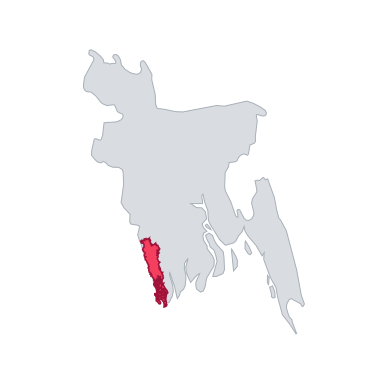 Satkhira, Khulna, Bangladesh shown in context, rotated 351°
{"feature_id": "16705992B60176987344662", "entity_name": "Satkhira", "entity_type": "district", "adm_level": 2, "iso_a3": "BGD", "parent_name": "Bangladesh", "parent_adm1": "Khulna", "projection": "equal_earth", "projection_center": [89.15, 22.3], "detail": "fine", "context": "in_parent", "style": "filled", "palette": "rose", "viewbox_px": 384, "rotation_deg": 351, "n_neighbors": 0, "source": "geoboundaries", "source_scale": "gbopen_adm2", "svg_char_len": 9713}
<svg xmlns="http://www.w3.org/2000/svg" viewBox="0 0 384 384"><g transform="rotate(351 192 192)"><path d="M139.8,277.2L139.8,267.3L134.6,247.9L134.8,245.8L133.7,236.4L132.4,231.3L131.7,225.7L134.9,217.8L133.6,216.5L126.6,214.1L125.8,212.1L127.3,204.3L122.3,196.9L120.3,191.4L125.7,173.7L127.1,161.4L126.7,159.0L123.4,156.2L117.6,155.1L113.5,152.8L111.2,149.3L109.1,147.9L106.6,149.0L103.4,147.6L100.8,144.2L98.5,140.0L99.4,135.4L103.7,124.5L105.2,124.2L108.9,126.3L110.2,126.3L112.6,122.0L116.0,109.8L127.7,110.9L130.5,110.5L133.4,109.5L135.0,108.0L135.9,106.0L135.6,104.3L132.0,102.0L130.6,100.3L129.6,95.4L128.6,93.6L121.5,93.3L117.9,91.1L115.9,89.1L112.3,82.5L107.9,77.5L103.7,76.4L102.1,74.8L101.2,72.3L101.7,68.6L103.9,61.6L115.5,46.5L115.8,44.8L115.4,42.9L112.0,40.5L111.7,39.3L112.7,36.1L114.6,35.7L118.6,38.6L122.7,43.3L125.1,47.4L125.2,50.7L128.3,51.3L131.0,52.8L133.7,52.4L135.5,53.2L136.7,52.9L137.1,51.0L134.8,46.2L135.9,44.3L138.6,44.3L140.5,46.1L141.9,49.8L142.2,55.5L145.3,60.6L149.4,64.3L152.6,66.0L156.5,67.2L159.8,66.0L161.5,62.4L160.7,59.2L161.3,56.3L162.6,54.8L164.7,54.8L166.2,57.1L170.8,69.4L169.8,74.9L170.9,89.9L169.8,99.7L170.5,103.5L171.3,104.2L178.1,106.1L188.0,110.0L195.6,111.5L229.9,110.4L237.4,112.3L260.2,110.8L266.5,114.0L273.3,119.1L277.1,122.9L277.8,125.1L277.4,127.0L276.2,128.0L273.8,128.1L268.4,125.6L267.5,126.3L267.5,132.3L263.2,147.2L262.7,151.8L261.1,153.6L256.6,154.6L253.7,163.3L252.5,164.4L249.5,162.5L247.6,162.8L245.3,163.6L243.0,165.6L241.4,168.1L239.6,168.9L233.2,168.8L232.0,172.8L227.8,178.1L225.0,192.2L225.2,196.5L228.8,207.7L231.4,222.3L232.4,223.8L233.6,223.9L233.6,217.2L234.8,216.4L236.3,217.1L239.3,226.1L241.1,228.4L243.7,229.0L246.8,227.7L249.0,225.0L249.9,222.2L249.1,212.4L250.5,208.4L255.7,202.4L256.4,200.6L256.0,190.8L258.0,190.5L260.6,191.2L264.0,188.9L265.0,188.9L266.4,191.4L268.8,190.9L272.5,210.4L272.9,224.2L273.8,231.8L275.1,233.5L279.1,245.0L283.2,285.5L283.8,311.3L285.5,320.1L284.2,322.1L282.9,322.4L281.7,319.3L273.2,312.8L271.1,313.5L268.2,317.3L267.1,320.8L267.6,325.8L268.6,330.7L270.6,333.5L270.8,336.6L273.2,348.2L272.5,348.3L267.8,337.7L262.1,327.3L260.1,308.6L260.0,299.4L256.0,288.6L252.3,269.8L253.8,263.2L251.2,266.1L246.9,254.8L240.2,243.8L238.2,238.9L238.1,234.2L235.3,239.0L231.4,242.3L227.5,247.4L224.9,248.9L216.6,249.8L211.7,243.1L204.8,226.6L203.8,222.8L204.7,213.1L203.0,204.0L202.5,195.9L201.3,196.6L200.8,198.9L201.1,202.3L200.6,205.1L189.0,203.2L194.0,208.1L199.3,209.2L202.1,213.5L202.3,220.7L197.1,225.0L197.5,228.7L200.6,233.1L196.9,234.4L195.9,237.3L195.9,241.4L198.5,247.8L198.0,250.3L202.4,258.6L203.3,262.6L202.2,268.2L192.8,279.6L190.1,287.7L187.7,291.5L184.8,292.2L181.2,288.4L181.2,284.5L181.9,281.3L186.8,273.8L184.1,274.8L176.5,281.0L175.0,276.0L174.0,271.2L174.0,265.5L177.7,256.9L173.5,261.2L172.4,266.6L172.9,272.9L172.3,277.3L170.7,283.2L168.5,286.7L164.9,288.9L163.3,292.4L160.8,294.9L160.0,283.2L157.4,267.3L156.8,270.7L158.2,280.5L158.1,286.9L156.1,292.0L152.1,297.5L149.1,298.2L147.3,297.4L141.6,289.2L141.1,281.5L139.8,277.2ZM209.9,277.4L202.8,279.3L199.2,278.7L205.9,264.5L205.6,258.1L204.6,252.9L201.2,248.7L201.0,245.7L199.4,241.6L198.6,236.9L202.4,235.3L205.5,238.1L206.6,243.5L208.1,247.5L213.5,255.9L213.4,261.0L212.0,273.6L209.9,277.4ZM225.0,272.7L220.7,276.5L222.0,254.0L225.3,262.4L226.1,266.9L225.0,272.7ZM241.4,261.5L239.5,263.1L237.8,261.7L235.5,256.4L236.6,249.7L237.2,248.8L240.0,255.6L241.4,261.5ZM257.6,309.1L255.2,309.3L254.0,307.7L254.5,305.5L253.8,298.1L256.9,297.4L258.1,303.5L257.6,309.1ZM254.8,288.6L253.0,295.9L252.3,292.6L253.5,286.2L254.8,288.6ZM204.2,230.0L204.9,232.3L201.0,229.3L199.9,227.1L201.7,226.0L204.2,230.0Z" fill="#d9dde1" stroke="#a8b0b8" stroke-width="1"/><path d="M134.5,232.0L133.5,232.6L134.1,234.5L134.9,234.9L135.6,234.4L136.5,236.4L136.0,238.2L136.1,239.0L135.3,239.2L134.2,241.1L134.6,241.4L134.4,242.2L134.9,243.2L136.2,244.5L135.5,246.3L134.9,246.8L135.1,248.7L136.2,248.8L135.3,250.1L135.3,251.8L136.2,252.4L137.0,255.8L137.7,256.7L137.4,258.1L137.9,258.9L136.7,260.0L137.4,261.0L137.1,261.8L137.2,264.5L137.8,264.7L138.8,266.2L137.8,266.1L137.6,266.6L138.6,267.6L138.4,268.5L139.2,268.2L139.5,270.0L140.7,271.5L140.5,273.1L140.8,274.2L141.4,273.4L141.9,273.8L141.8,274.5L139.7,276.9L139.9,278.5L140.4,279.1L141.3,279.2L141.7,277.1L141.0,276.9L140.9,276.8L140.9,276.7L141.1,276.1L141.6,276.2L141.6,275.8L141.3,275.8L141.2,275.6L141.5,275.4L141.2,275.6L141.6,275.7L141.6,276.3L141.1,276.1L140.9,276.7L141.8,277.1L141.4,279.1L141.3,279.3L140.5,279.3L141.4,281.3L141.6,279.5L142.0,279.7L142.0,279.4L142.3,279.3L142.6,278.5L143.0,278.3L143.3,278.4L143.4,278.6L143.8,278.0L142.5,275.7L142.6,275.2L143.5,275.2L143.0,274.9L142.9,274.0L142.1,273.8L141.2,272.4L142.2,273.7L142.9,273.9L143.6,275.2L143.4,275.5L142.6,275.4L143.1,276.7L143.8,277.5L144.2,277.4L144.9,277.8L145.0,276.8L145.5,275.7L144.9,275.7L144.7,275.5L144.5,275.2L144.5,274.3L143.6,274.0L143.4,273.3L144.3,271.0L143.6,273.8L144.4,274.0L144.7,274.4L144.8,275.5L145.4,275.6L145.6,275.8L145.0,277.9L143.9,277.7L145.0,278.7L144.0,280.2L144.4,280.8L145.3,280.9L146.2,282.1L147.7,279.1L146.5,277.4L146.1,275.8L145.5,275.0L145.5,273.8L146.1,274.3L146.3,273.3L146.7,272.9L146.0,272.6L145.8,273.1L145.1,273.2L145.1,272.9L145.4,272.3L145.1,273.2L145.8,272.6L145.6,272.0L145.9,270.5L145.5,270.3L145.5,269.9L145.2,269.9L145.1,269.7L145.6,269.8L145.5,270.3L146.0,270.6L145.8,272.3L146.8,272.9L146.2,274.4L145.5,274.1L146.1,275.3L146.9,275.0L146.3,274.7L146.4,274.2L146.9,273.7L147.6,273.5L146.8,271.4L148.0,270.0L147.0,271.4L147.7,273.5L146.4,274.4L147.0,275.0L146.2,275.4L146.6,277.0L147.2,276.6L147.9,276.8L148.5,276.1L148.2,273.4L148.3,273.1L148.5,274.8L150.4,272.1L150.0,270.5L150.4,269.7L149.6,268.3L150.5,266.8L149.2,266.6L148.9,265.4L147.9,263.8L148.8,263.4L148.5,261.8L147.5,261.9L148.1,260.5L147.5,259.0L147.7,258.0L148.2,257.7L148.2,256.9L149.3,256.3L148.1,255.3L147.3,252.3L147.6,251.4L148.3,251.1L148.5,249.9L148.4,249.4L147.6,249.1L148.3,248.5L147.6,247.6L147.9,246.5L148.5,246.8L148.5,247.9L149.4,248.5L149.0,247.9L150.0,247.1L148.4,245.9L148.3,243.3L148.7,244.3L149.4,244.4L149.9,245.1L150.3,244.5L150.1,243.5L151.1,243.4L151.2,242.6L150.3,241.5L149.9,239.4L149.5,239.1L148.7,239.3L148.5,238.1L147.8,238.2L148.0,236.8L145.7,238.2L144.7,237.7L144.4,238.7L143.6,238.9L143.5,238.5L144.2,238.1L144.2,237.4L143.8,236.8L143.6,237.3L143.3,237.3L142.9,236.5L143.0,235.0L142.2,233.7L142.5,233.2L143.3,233.9L143.5,233.5L142.9,231.9L142.2,231.4L142.4,231.0L141.9,231.3L142.1,231.7L141.9,232.1L140.9,231.3L139.8,231.7L139.5,231.1L139.2,231.7L138.3,230.8L137.2,231.1L137.5,232.5L136.8,232.2L136.0,232.6L135.7,232.2L135.2,232.7L134.9,232.3L134.5,232.7L134.5,232.0ZM143.8,280.7L143.9,279.5L144.8,278.9L143.8,278.1L143.0,279.0L142.9,279.7L142.5,280.5L142.9,280.8L143.2,281.9L143.1,282.5L142.5,282.9L142.7,283.4L142.1,283.6L142.5,284.9L141.7,285.6L141.5,285.1L141.2,286.3L142.0,286.5L142.3,286.0L143.0,285.3L142.1,286.5L141.2,286.4L141.0,287.5L141.8,288.9L141.9,291.7L142.5,292.2L142.4,290.9L142.5,290.7L143.0,290.5L142.6,289.0L142.7,288.2L142.9,288.3L142.7,289.1L143.1,290.5L142.5,290.9L142.6,292.2L142.4,292.3L141.9,292.0L141.8,292.4L143.9,293.4L144.6,293.0L145.0,291.1L144.4,290.5L144.4,289.8L143.9,289.9L143.8,289.6L144.0,289.2L143.6,289.2L144.1,289.2L143.9,289.8L144.2,289.7L144.4,289.8L144.4,290.4L144.7,290.5L145.1,291.0L145.2,291.3L145.3,289.1L145.9,287.0L144.0,287.0L143.4,286.5L143.2,284.3L144.4,282.5L143.8,280.7ZM145.3,281.1L144.5,281.1L144.7,282.5L143.6,284.4L143.6,285.6L144.0,286.3L144.9,286.3L145.1,285.8L144.6,285.5L144.4,285.3L144.5,285.1L144.6,284.7L144.5,285.3L145.2,285.8L145.1,286.3L146.3,286.7L145.6,291.6L147.9,292.2L148.0,291.9L148.1,291.3L148.3,291.0L148.1,290.6L148.2,290.4L148.1,290.2L148.2,289.9L147.9,290.0L147.5,289.6L148.2,289.9L148.3,291.0L148.1,291.3L148.4,291.2L148.9,290.2L148.7,288.6L147.8,288.4L147.2,289.0L147.0,288.9L147.1,288.4L147.1,288.9L147.7,288.4L148.7,288.6L149.3,287.4L148.1,287.2L147.5,286.2L146.3,285.8L146.0,285.1L146.1,284.3L147.6,283.1L145.7,282.1L145.3,281.1ZM148.4,277.9L147.8,277.1L146.9,277.0L148.0,279.0L146.7,281.8L147.9,282.7L147.9,283.3L146.3,284.9L147.3,285.4L147.1,285.0L148.4,284.1L148.1,283.7L148.5,283.5L148.3,283.2L148.4,282.6L148.4,282.4L148.5,283.5L148.2,283.7L148.4,284.1L147.2,285.0L148.3,286.8L149.1,286.6L148.7,286.1L148.7,285.6L148.4,285.3L148.7,285.6L148.7,286.2L149.7,287.1L149.6,288.1L149.0,289.1L149.3,290.8L149.7,290.9L149.8,290.0L150.2,289.4L149.6,289.1L149.5,288.9L150.7,286.7L149.9,286.2L149.5,285.6L149.5,285.0L149.6,284.9L149.8,284.7L149.6,284.3L150.0,283.8L149.4,282.9L150.2,282.2L149.0,279.0L149.8,277.6L148.4,277.9ZM143.6,295.7L140.9,292.5L141.2,290.1L140.3,288.6L140.2,286.6L139.3,286.6L139.1,288.0L139.9,288.9L140.2,290.3L139.6,293.9L140.5,294.6L142.1,297.4L143.3,297.4L143.7,296.6L143.6,295.7ZM149.8,292.2L150.9,288.9L152.4,287.7L151.9,285.4L150.2,282.4L149.5,282.9L150.1,283.8L149.7,284.3L149.9,284.7L149.5,285.5L149.8,286.0L150.7,286.6L150.8,286.8L149.6,288.8L150.2,289.2L150.3,289.4L149.7,291.0L149.2,291.3L149.8,292.2ZM147.2,292.0L145.6,291.7L145.2,292.3L145.6,293.9L146.6,295.8L148.4,295.3L149.4,295.6L149.2,293.6L148.2,293.5L147.3,292.6L147.2,292.0ZM149.0,295.6L146.7,296.0L146.9,298.3L147.4,298.8L147.8,299.0L148.1,298.7L149.1,298.3L149.5,296.9L149.0,295.6ZM142.5,280.7L143.0,279.0L143.3,278.7L143.0,278.3L142.0,279.8L141.6,279.6L141.6,280.1L141.7,285.5L142.4,284.9L142.1,284.5L142.1,283.6L142.6,283.4L142.4,282.9L143.0,282.4L142.9,280.8L142.5,280.7ZM147.8,299.2L146.9,298.7L146.3,301.2L148.3,300.9L148.3,300.4L149.0,300.4L149.6,299.5L148.9,298.8L147.8,299.2ZM149.2,293.5L148.6,291.4L148.3,291.4L148.0,292.2L147.2,292.3L148.2,293.3L149.2,293.5Z" fill="#f43f5e" stroke="#9f1239" stroke-width="1.5"/></g></svg>